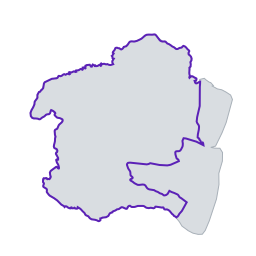 location of Sipaliwini within Suriname, rotated 99°
{"feature_id": "SUR-69", "entity_name": "Sipaliwini", "entity_type": "District", "adm_level": 1, "iso_a3": "SUR", "parent_name": "Suriname", "parent_adm1": "", "projection": "albers", "projection_center": [-55.917, 3.687], "detail": "fine", "context": "in_parent", "style": "outline", "palette": "violet", "viewbox_px": 256, "rotation_deg": 99, "n_neighbors": 0, "source": "natural_earth", "source_scale": "10m", "svg_char_len": 7950}
<svg xmlns="http://www.w3.org/2000/svg" viewBox="0 0 256 256"><g transform="rotate(99 128 128)"><path d="M216.5,59.3L212.5,62.7L208.2,67.5L202.5,75.7L202.8,78.3L201.5,80.4L201.2,84.1L201.6,88.3L203.1,91.0L203.8,96.2L202.7,100.8L203.1,103.5L204.3,107.8L205.2,112.4L205.1,114.2L206.5,115.7L207.8,117.2L207.4,121.3L211.9,128.5L214.7,131.7L218.7,134.8L220.1,137.8L222.4,141.4L223.8,141.8L224.5,143.3L223.8,146.1L223.6,150.0L221.1,154.5L215.2,162.8L214.5,164.7L216.0,171.6L215.2,177.2L214.9,179.9L212.0,184.9L205.1,196.9L201.1,199.0L198.7,202.5L197.2,202.5L195.5,202.9L194.9,203.3L192.8,203.3L191.1,201.7L190.8,199.9L189.9,197.8L187.8,197.2L183.8,198.0L182.6,197.4L180.2,195.2L178.2,192.8L177.7,190.5L176.4,190.7L173.4,192.8L171.3,193.2L169.7,192.7L167.8,192.8L163.2,195.1L160.4,195.6L158.5,197.9L145.5,199.0L142.1,199.6L134.3,195.6L132.3,194.3L131.3,194.1L130.5,194.4L129.6,195.2L128.3,200.2L127.2,201.5L125.1,202.6L123.2,204.6L122.8,206.6L125.8,207.6L128.3,211.3L131.1,214.3L133.3,217.0L133.0,220.0L132.6,224.2L131.0,225.6L128.4,226.3L118.5,224.3L111.0,222.5L107.8,222.1L106.4,221.6L104.5,220.0L102.6,218.6L99.5,218.1L95.9,217.1L93.2,213.4L90.4,208.1L89.4,205.7L87.3,203.3L85.1,200.1L84.5,197.1L82.9,194.5L82.0,193.6L80.8,189.9L80.5,188.6L79.9,188.4L79.0,187.2L77.3,183.3L76.9,182.3L76.1,182.0L74.1,179.3L72.5,178.3L72.0,176.9L72.1,173.1L71.2,171.2L71.0,167.6L70.9,166.2L70.1,164.6L68.7,163.5L68.5,160.9L68.2,154.5L67.5,153.4L61.8,153.5L61.2,154.1L58.7,154.5L55.9,154.6L53.4,153.7L51.3,152.6L50.8,151.2L51.2,146.7L47.8,143.4L42.5,139.2L40.9,133.9L39.0,130.6L33.1,123.7L32.1,118.9L32.1,115.6L34.1,112.5L37.0,107.2L38.2,102.3L39.1,99.7L40.6,96.4L42.0,92.1L40.9,89.4L39.2,86.8L38.6,84.8L40.3,82.0L42.1,80.0L44.0,79.7L46.5,78.5L48.4,76.8L51.3,76.3L55.0,76.1L62.5,76.1L66.4,75.4L67.6,74.0L67.4,71.3L69.3,68.9L71.3,67.9L72.1,67.1L72.2,66.2L71.7,65.4L70.9,64.8L68.8,64.7L67.0,60.4L68.2,58.6L69.9,55.2L70.3,53.3L72.8,50.3L73.4,51.3L75.4,45.8L75.6,41.4L77.1,37.0L79.4,31.8L83.5,29.3L107.3,31.9L118.2,34.4L132.2,38.7L134.2,43.2L134.3,38.7L133.6,34.1L137.4,30.8L145.9,29.6L158.6,31.2L169.6,29.3L184.4,29.5L207.0,33.2L217.1,35.7L221.3,38.0L222.1,42.1L221.7,47.4L220.0,52.5L216.5,59.3Z" fill="#d9dde1" stroke="#a8b0b8" stroke-width="1"/><path d="M220.3,156.6L218.7,157.7L217.4,159.7L215.7,161.8L215.1,162.8L214.1,165.2L215.2,165.1L215.7,165.8L215.8,166.8L215.7,167.8L215.2,168.2L215.1,168.5L215.7,169.0L216.1,170.8L215.9,171.1L215.3,171.4L215.6,172.1L216.1,172.7L216.4,172.7L216.4,173.4L216.0,174.8L215.2,176.1L215.0,177.1L215.1,177.4L216.0,178.3L215.5,178.6L215.2,179.0L214.1,181.9L210.6,186.6L208.9,190.0L207.1,194.7L206.3,195.8L204.1,198.1L203.5,198.3L201.7,198.4L200.8,199.0L199.5,202.2L199.0,202.6L198.0,202.7L196.4,202.3L195.7,202.4L195.0,203.3L194.1,203.6L192.3,203.8L191.3,203.7L190.8,203.4L190.6,202.0L190.2,201.0L190.5,200.1L191.1,199.9L191.2,199.7L190.8,198.6L190.8,197.6L190.0,197.1L188.9,196.7L188.1,196.7L186.6,197.5L184.2,198.2L182.4,197.6L177.7,193.0L177.5,192.6L177.7,192.0L178.6,191.0L178.9,190.4L178.7,189.9L177.8,190.0L175.9,190.8L174.9,191.4L173.1,192.9L171.0,193.9L170.6,193.9L170.2,193.5L170.4,192.6L170.2,192.1L168.6,192.3L164.8,195.2L163.7,195.1L163.1,194.4L162.4,194.2L161.5,194.2L160.7,194.6L159.9,195.3L159.5,197.1L159.1,197.8L157.8,198.4L156.1,198.4L154.2,198.2L152.5,198.1L149.8,198.4L147.9,198.2L146.1,199.1L142.4,200.0L141.4,199.8L140.9,199.4L140.0,198.0L139.6,197.7L136.2,196.9L135.4,196.5L132.9,194.4L131.8,193.8L130.7,193.7L130.1,193.9L129.8,194.1L129.4,195.0L128.9,197.0L128.9,199.1L128.7,199.9L126.9,202.4L126.4,202.6L125.8,202.6L125.0,202.1L124.4,202.3L123.8,203.0L123.0,204.4L122.5,205.8L122.3,206.7L122.9,207.0L125.0,207.2L125.8,207.4L126.7,208.2L127.2,210.1L127.8,211.1L129.5,212.3L131.2,214.5L132.8,215.9L133.2,216.5L133.3,217.1L132.9,218.5L133.0,220.6L133.3,222.5L133.0,224.2L131.5,225.8L128.4,226.7L125.4,226.1L122.4,224.9L119.3,224.1L117.1,224.3L116.3,224.2L112.8,222.3L111.9,222.2L109.6,222.7L108.9,222.5L106.4,221.6L106.0,220.6L105.6,220.3L104.6,219.9L103.8,219.4L103.6,219.0L101.8,218.0L97.1,218.0L95.8,217.4L91.3,210.9L90.1,206.4L89.5,205.5L87.6,204.8L87.3,204.4L87.4,202.7L86.8,201.6L85.2,200.2L84.8,199.3L85.2,198.1L85.0,197.7L84.2,196.9L83.8,195.9L84.2,194.4L83.8,193.9L82.8,194.6L82.2,194.9L81.9,194.4L82.1,192.8L82.0,192.5L80.6,190.6L80.6,189.8L80.9,188.7L80.6,188.0L79.6,188.6L79.2,188.3L78.9,186.4L78.5,185.6L77.3,184.3L77.0,183.7L77.5,182.6L77.6,182.1L77.2,181.8L75.4,182.2L75.1,181.3L75.9,179.6L75.6,179.3L73.6,179.9L73.0,179.7L72.7,178.8L72.3,178.6L71.5,175.7L72.7,174.6L73.2,174.0L73.0,173.3L71.4,173.1L70.8,172.7L71.4,171.7L71.2,170.3L71.3,170.2L72.0,170.2L71.8,168.7L71.4,167.6L70.6,166.9L70.1,166.0L70.9,164.6L70.6,164.3L69.8,164.9L69.4,165.0L68.9,165.0L68.4,164.6L68.8,163.9L68.9,163.3L68.3,161.7L68.6,159.6L68.1,158.2L68.5,157.3L68.6,155.7L68.5,155.0L67.3,152.6L65.8,153.7L64.5,154.0L61.8,152.9L61.8,153.8L61.5,154.2L60.2,154.5L59.4,155.2L59.1,154.8L58.1,154.5L57.2,154.0L56.6,153.8L56.1,154.8L55.7,154.8L55.1,154.7L52.9,153.4L51.1,153.0L50.7,152.5L50.4,151.5L50.7,149.9L50.6,149.0L51.4,147.6L51.4,146.8L50.7,145.9L49.4,145.1L48.6,144.9L48.0,143.6L47.5,142.5L45.7,141.3L43.4,140.3L42.6,139.8L42.1,138.9L41.8,137.9L41.7,135.8L41.5,134.9L40.5,132.7L38.1,129.2L37.3,128.3L34.2,125.8L33.1,124.4L32.6,122.7L32.0,118.6L31.4,116.6L31.5,115.6L32.2,114.6L36.3,110.4L36.8,109.6L37.1,108.6L37.2,107.5L36.7,105.2L36.9,104.3L38.4,102.4L38.7,100.8L39.6,98.7L40.4,97.4L41.2,94.9L42.0,93.7L42.4,92.9L42.4,92.0L42.1,91.2L40.8,89.5L40.2,87.6L38.6,86.6L38.2,86.0L38.6,84.4L39.3,83.3L40.8,81.6L41.8,80.0L42.2,79.6L42.7,79.5L44.3,80.0L45.4,79.8L46.0,79.4L46.7,78.0L47.9,76.8L49.5,76.0L51.3,75.9L53.2,76.7L55.2,76.0L57.5,75.8L58.8,76.8L60.2,76.5L64.0,76.1L65.2,75.8L66.4,75.2L67.1,75.1L68.3,75.4L68.8,75.1L67.0,73.6L66.8,73.0L67.0,71.9L67.7,70.3L68.1,68.9L68.4,68.2L68.9,68.0L69.7,68.0L70.3,68.2L70.7,68.7L71.0,69.6L72.5,68.9L73.1,68.3L73.3,67.7L72.9,66.7L71.4,64.8L71.0,64.0L73.4,63.7L76.1,63.5L95.1,60.6L106.4,61.4L110.9,61.2L112.3,60.4L114.1,58.7L114.8,58.3L115.8,58.0L118.5,57.8L123.2,58.0L126.0,57.8L126.5,57.7L127.3,56.0L128.2,55.8L129.1,54.6L131.0,53.5L131.1,53.1L130.6,52.2L130.7,51.8L131.3,51.4L133.2,50.8L130.8,58.3L129.3,69.1L129.4,71.5L132.1,72.2L132.6,72.1L134.9,71.4L137.0,71.2L138.0,71.3L141.0,72.3L142.1,72.9L142.6,73.5L142.9,74.0L143.2,75.8L143.6,76.9L144.1,77.3L144.6,77.5L146.7,77.0L150.1,75.4L150.6,75.0L150.9,74.1L151.7,73.1L152.8,72.6L157.6,80.1L158.2,81.6L158.8,83.4L159.6,91.1L159.3,100.6L159.9,101.3L160.5,102.4L161.0,103.8L161.9,120.6L162.3,122.1L162.5,122.6L163.4,123.2L164.4,123.3L164.9,123.1L167.9,121.5L170.4,119.2L171.0,118.9L172.0,118.6L174.0,118.2L174.5,117.9L175.8,116.0L176.1,115.7L176.5,115.6L176.9,115.8L177.4,116.2L178.2,117.5L178.7,117.7L179.1,117.6L179.5,117.2L180.3,115.1L181.5,113.0L182.6,109.7L182.5,108.2L181.5,104.6L181.5,103.0L182.1,101.8L183.7,100.4L184.6,99.4L185.1,98.3L185.3,97.2L185.3,92.5L186.1,90.6L186.5,88.5L187.5,86.3L187.8,84.1L188.9,82.1L188.8,81.1L188.1,79.7L186.8,78.5L183.6,77.3L184.4,75.0L184.9,72.3L185.9,68.7L186.1,68.3L186.4,67.9L188.1,66.4L188.4,66.0L189.0,64.4L192.2,58.4L201.5,61.8L204.8,63.9L206.5,64.5L207.6,65.1L208.7,66.3L208.2,67.0L207.6,68.9L206.6,69.8L206.1,70.9L203.5,73.8L202.7,75.2L202.3,76.8L202.7,78.7L202.6,79.4L201.1,80.5L200.9,81.0L201.3,82.1L201.3,88.0L201.4,88.6L202.8,89.3L203.3,90.2L203.2,93.0L203.8,94.6L203.9,95.1L203.9,97.1L203.7,97.9L202.8,99.6L202.6,100.8L203.4,106.0L204.9,109.0L205.3,111.0L205.4,112.2L204.5,113.9L204.7,114.7L205.3,115.4L205.9,115.8L207.5,116.2L208.0,116.6L208.1,117.6L207.2,120.7L207.2,121.8L207.7,122.6L209.3,124.1L209.6,124.6L210.1,126.2L211.4,127.5L212.6,129.7L213.5,130.2L213.7,130.6L213.9,130.5L214.7,132.0L215.1,132.6L216.0,133.0L217.6,133.5L218.1,133.8L219.6,135.8L220.5,139.2L221.6,140.9L221.7,141.2L223.2,140.8L223.6,141.0L224.3,141.7L224.6,142.3L224.5,143.0L224.1,144.1L223.8,146.1L223.9,149.7L223.1,151.6L221.4,153.4L220.8,155.8L220.3,156.6Z" fill="none" stroke="#5b21b6" stroke-width="2"/></g></svg>